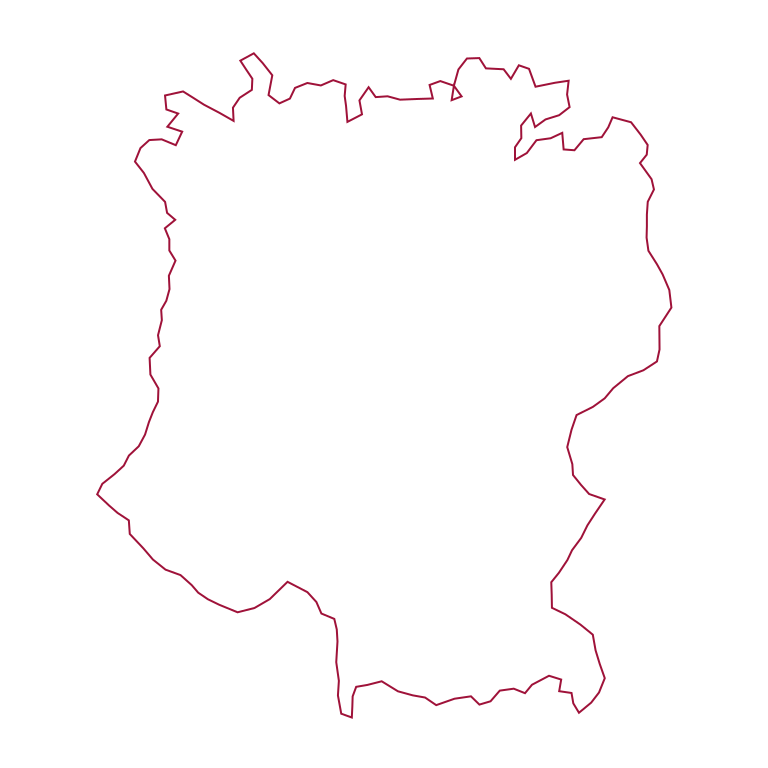 Dois Irmãos das Missões, Rio Grande do Sul, Brazil (Mercator projection), rotated 89°
{"feature_id": "56859067B898462475096", "entity_name": "Dois Irmãos das Missões", "entity_type": "district", "adm_level": 2, "iso_a3": "BRA", "parent_name": "Brazil", "parent_adm1": "Rio Grande do Sul", "projection": "mercator", "projection_center": [-53.505, -27.678], "detail": "fine", "context": "isolated", "style": "outline", "palette": "rose", "viewbox_px": 768, "rotation_deg": 89, "n_neighbors": 0, "source": "geoboundaries", "source_scale": "gbopen_adm2", "svg_char_len": 2642}
<svg xmlns="http://www.w3.org/2000/svg" viewBox="0 0 768 768"><g transform="rotate(89 384 384)"><path d="M682.0,168.4L667.6,173.2L654.0,177.1L638.3,179.6L628.0,191.8L617.4,206.7L610.7,220.0L597.7,220.0L585.1,220.2L575.8,212.4L563.2,203.7L553.5,198.9L541.3,189.5L528.9,183.1L517.3,175.3L503.3,165.4L497.6,180.8L488.3,188.8L478.3,196.6L467.4,197.1L450.3,201.9L433.0,197.3L418.4,192.0L410.5,175.5L402.2,163.6L392.2,154.9L380.4,140.0L374.8,124.4L366.2,110.7L354.3,107.9L330.9,107.7L312.6,95.3L295.0,97.1L279.3,103.5L269.0,109.0L255.4,117.3L242.2,118.9L230.8,118.4L219.2,118.2L206.4,117.1L194.2,110.7L183.9,112.9L167.6,124.2L159.3,117.3L149.6,116.2L139.2,123.0L126.6,132.4L121.3,150.8L131.3,155.3L141.0,162.0L142.7,180.1L153.6,189.5L152.6,200.3L136.0,201.4L141.2,213.1L142.9,227.3L155.6,237.2L162.1,249.1L149.6,248.9L140.6,242.4L128.0,242.4L116.1,232.4L129.7,228.5L122.3,217.9L118.3,204.2L110.4,193.6L97.8,195.9L84.0,194.1L85.8,207.8L89.4,227.3L71.4,233.5L67.7,243.6L81.1,251.8L71.4,258.9L70.2,276.6L59.8,283.0L60.0,295.4L70.8,304.1L87.0,308.9L82.1,322.4L85.8,333.2L99.4,330.2L99.6,345.4L100.0,363.0L96.4,375.4L97.0,387.3L87.0,394.2L100.0,403.6L114.0,401.3L121.3,416.0L105.3,417.1L95.3,418.3L83.8,417.1L79.3,429.5L84.4,441.9L81.7,455.4L86.4,467.8L97.0,473.1L101.6,483.7L93.1,494.4L73.4,490.3L61.0,499.7L51.1,508.4L58.2,522.0L67.7,516.0L76.5,510.3L87.6,511.0L95.3,523.3L105.1,530.2L118.3,529.8L110.0,543.8L101.6,559.1L94.3,570.1L88.0,579.8L91.7,597.9L105.7,596.8L110.0,585.1L123.0,596.1L128.2,581.4L141.6,588.0L135.5,602.0L136.0,614.4L143.9,623.4L157.3,629.1L168.8,620.4L184.9,612.1L198.1,599.7L209.1,597.9L216.2,589.9L224.5,600.4L235.5,596.1L246.8,596.3L257.0,590.3L272.0,597.2L285.4,596.8L297.0,600.2L305.9,605.5L316.3,605.0L331.3,609.1L342.3,607.5L353.8,617.9L370.5,617.4L384.5,609.6L397.7,610.3L408.1,615.6L418.0,619.7L430.4,623.8L442.0,630.3L451.1,640.3L461.1,645.6L469.4,655.0L478.9,667.4L489.3,672.7L500.7,661.0L508.2,652.7L515.9,641.5L529.5,640.8L544.1,627.5L555.5,618.1L565.8,605.7L571.5,590.8L581.7,579.8L589.4,573.4L596.1,563.9L601.8,552.7L609.7,534.4L605.7,517.4L597.1,502.0L580.1,483.9L590.8,464.2L600.8,455.4L612.4,450.6L618.0,437.8L628.6,435.5L640.6,435.0L661.3,436.6L680.0,434.3L694.6,435.5L712.9,432.5L716.9,422.0L706.2,421.3L695.8,420.8L686.3,417.1L684.6,405.9L681.2,391.5L691.5,375.4L695.8,360.7L698.2,348.4L706.0,337.4L699.9,319.0L697.8,302.5L706.2,294.2L703.1,283.0L692.6,273.6L690.9,259.6L695.6,248.4L687.3,241.3L678.6,224.1L682.6,212.0L694.2,214.2L696.2,201.9L706.6,200.3L716.1,194.8L706.2,182.4L696.2,174.4L682.0,168.4ZM87.0,308.9L97.8,301.4L101.4,311.4L87.0,308.9Z" fill="none" stroke="#9f1239" stroke-width="2"/></g></svg>